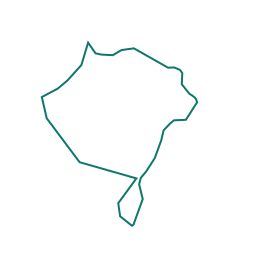 Dravograd, orthographic projection, rotated 251°
{"feature_id": "SVN-947", "entity_name": "Dravograd", "entity_type": "Municipality", "adm_level": 1, "iso_a3": "SVN", "parent_name": "Slovenia", "parent_adm1": "", "projection": "orthographic", "projection_center": [15.031, 46.594], "detail": "fine", "context": "isolated", "style": "outline", "palette": "teal", "viewbox_px": 256, "rotation_deg": 251, "n_neighbors": 0, "source": "natural_earth", "source_scale": "10m", "svg_char_len": 603}
<svg xmlns="http://www.w3.org/2000/svg" viewBox="0 0 256 256"><g transform="rotate(251 128 128)"><path d="M163.7,54.3L185.3,56.6L188.1,74.3L192.6,86.1L202.7,104.4L221.7,118.1L209.2,121.6L206.2,126.5L201.8,137.3L203.8,147.3L201.4,159.5L172.0,185.5L170.1,191.6L165.9,196.1L162.2,197.2L151.8,193.1L140.3,197.2L137.9,199.2L135.0,201.1L133.0,201.7L129.8,201.7L116.9,185.4L120.3,174.0L118.6,169.4L114.2,160.9L105.5,155.4L90.9,143.6L80.9,130.9L76.7,123.9L71.2,120.2L56.0,118.8L34.8,101.7L34.3,99.9L47.1,91.8L60.1,94.3L77.6,119.5L111.4,71.1L163.7,54.3Z" fill="none" stroke="#0f766e" stroke-width="2"/></g></svg>